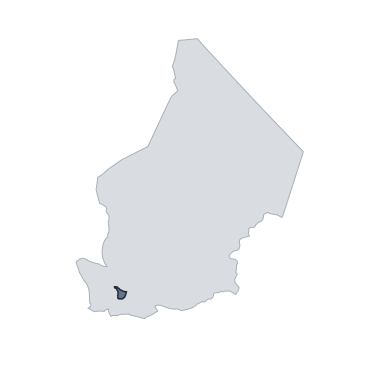 location of La Pendé, Logone Oriental, Chad, rotated 20°
{"feature_id": "50815135B99305267844407", "entity_name": "La Pendé", "entity_type": "district", "adm_level": 2, "iso_a3": "TCD", "parent_name": "Chad", "parent_adm1": "Logone Oriental", "projection": "orthographic", "projection_center": [16.766, 8.864], "detail": "fine", "context": "in_parent", "style": "filled", "palette": "slate", "viewbox_px": 384, "rotation_deg": 20, "n_neighbors": 0, "source": "geoboundaries", "source_scale": "gbopen_adm2", "svg_char_len": 4306}
<svg xmlns="http://www.w3.org/2000/svg" viewBox="0 0 384 384"><g transform="rotate(20 192 192)"><path d="M282.8,116.1L283.2,124.1L283.5,132.2L283.8,140.3L284.2,148.5L284.5,156.6L284.8,164.7L285.1,172.9L285.4,181.0L285.5,183.7L285.3,184.8L285.2,185.0L284.9,185.2L280.7,184.5L278.8,184.5L276.3,185.1L272.5,185.5L270.0,185.4L268.4,186.9L267.1,188.6L267.9,192.6L267.8,194.0L267.3,195.4L266.2,196.6L265.0,197.6L264.4,198.4L263.6,200.3L263.0,201.2L263.0,202.3L262.9,203.5L262.2,204.2L260.4,204.7L259.3,205.2L258.4,206.1L257.8,206.8L258.2,207.6L258.6,208.8L258.9,210.6L259.1,211.6L260.0,212.5L260.6,213.1L260.8,213.9L260.3,214.5L258.2,215.8L257.3,216.3L256.3,217.0L255.9,217.3L254.4,218.6L253.6,219.7L253.2,220.6L253.3,221.9L254.1,223.8L255.1,225.4L255.4,226.6L255.7,228.0L255.6,229.2L255.2,230.3L254.4,231.3L251.4,233.3L250.0,235.3L248.9,237.9L248.6,239.2L248.9,240.1L249.6,240.9L250.5,241.3L251.8,241.4L253.9,240.9L255.9,240.6L258.1,241.5L259.2,243.6L258.8,245.1L259.7,247.9L260.5,251.2L260.5,252.4L260.8,252.8L262.1,253.0L262.5,253.8L262.1,259.7L262.8,261.3L263.7,262.5L264.7,263.1L265.8,263.8L266.3,264.4L267.5,264.5L268.8,265.5L269.2,267.0L269.2,268.4L268.5,271.4L267.9,273.4L267.1,273.3L265.5,272.8L263.6,272.4L261.3,272.1L259.0,273.0L256.6,274.0L255.9,274.8L255.2,275.3L254.2,275.3L253.2,275.4L252.7,276.2L251.8,277.0L248.3,278.8L247.6,279.4L247.2,280.1L247.2,280.7L247.6,282.1L247.6,283.9L246.8,285.3L246.0,286.3L244.9,286.7L244.1,286.9L243.5,287.5L241.7,290.7L241.0,291.3L239.3,291.2L234.8,296.1L234.4,297.5L232.7,299.6L230.6,301.8L228.7,302.9L228.5,303.3L228.0,303.8L226.9,304.3L222.8,307.0L217.9,307.0L215.8,308.1L213.7,308.5L210.6,309.1L209.7,309.1L205.7,309.3L201.1,309.3L199.3,309.7L197.6,310.7L196.4,311.6L196.2,311.9L196.4,312.3L196.4,312.6L199.6,314.8L200.4,315.9L199.6,317.0L199.2,317.1L198.7,318.0L196.8,320.5L193.9,323.5L192.4,324.4L191.8,325.0L191.1,326.9L190.6,327.2L188.6,327.5L184.6,327.7L179.2,328.4L175.9,328.6L173.9,328.4L171.0,329.8L170.0,330.1L169.4,330.2L166.5,331.6L164.2,333.6L163.3,334.0L160.0,334.9L158.7,336.3L158.1,336.4L156.0,334.5L154.5,332.9L153.8,331.2L153.7,330.6L153.3,330.7L152.1,331.5L151.1,332.3L150.7,334.0L147.2,335.1L144.3,336.0L143.0,337.2L140.9,337.8L138.3,337.5L136.2,337.0L134.2,336.9L135.2,335.4L135.6,334.3L135.7,332.9L135.5,332.0L134.3,331.5L133.6,330.8L131.9,326.5L130.1,322.1L127.7,317.8L125.0,315.0L123.0,313.3L122.4,313.1L121.4,312.6L120.7,312.1L117.2,309.1L113.5,305.8L112.5,304.3L110.7,302.0L108.6,299.7L107.6,298.6L107.1,296.8L108.5,295.0L110.1,292.9L112.0,291.5L114.4,291.4L118.4,292.0L122.7,292.2L127.0,291.8L128.1,291.5L129.2,291.5L131.5,292.0L135.5,291.9L137.6,291.1L135.3,289.6L133.0,287.2L130.7,284.6L129.4,282.3L128.1,279.2L127.0,275.5L126.3,270.7L126.5,267.9L126.8,266.0L128.1,262.8L127.3,260.9L127.5,259.4L127.4,257.2L127.0,256.0L125.4,252.3L125.1,251.9L123.8,249.4L123.2,245.1L121.7,242.2L119.2,240.9L117.8,239.2L117.3,236.3L116.4,235.5L112.5,234.4L109.2,234.4L106.9,231.1L103.9,226.8L101.2,222.8L99.5,214.9L98.5,210.4L99.7,209.0L102.0,205.8L105.1,199.7L111.8,190.2L115.2,185.4L122.0,178.2L130.3,169.3L135.0,164.3L135.8,155.2L136.6,145.6L137.3,138.3L138.1,129.7L138.7,122.5L139.2,117.3L139.9,109.9L140.4,108.4L143.6,102.7L143.9,101.9L143.3,100.9L138.8,96.0L137.4,94.9L136.6,92.3L137.8,90.9L132.5,82.6L131.2,81.6L130.6,80.6L130.5,79.1L130.5,73.4L129.2,64.5L127.4,54.2L133.7,51.3L138.5,49.0L144.5,46.2L150.1,49.1L158.2,53.4L166.4,57.6L174.5,61.8L182.7,66.0L191.0,70.2L199.2,74.4L207.5,78.6L215.8,82.8L224.1,87.0L232.4,91.2L240.8,95.3L249.2,99.5L257.5,103.6L266.0,107.8L274.4,111.9L282.8,116.1Z" fill="#d9dde1" stroke="#a8b0b8" stroke-width="1"/><path d="M152.0,308.2L152.3,308.5L153.0,308.4L153.8,308.7L154.4,308.9L154.7,309.4L155.2,309.8L155.8,310.3L156.3,310.7L156.8,311.3L157.0,312.1L157.3,313.0L157.7,313.9L157.5,314.5L157.9,315.1L158.4,316.0L158.4,316.8L158.9,317.2L159.3,317.5L159.9,317.2L160.8,317.1L161.4,316.9L162.1,316.6L162.9,316.5L163.4,315.7L164.6,314.1L164.7,312.5L164.8,311.8L164.8,311.1L164.7,310.2L164.6,309.4L164.5,308.2L162.6,308.6L162.3,308.7L162.2,308.7L161.8,308.8L159.4,308.5L157.9,308.4L156.8,307.9L156.3,307.6L155.7,307.7L155.3,307.5L155.2,307.4L154.7,306.9L154.2,306.9L153.7,306.9L152.3,307.3L151.6,307.5L151.7,307.8L151.8,307.8L151.9,308.1L152.0,308.2Z" fill="#64748b" stroke="#1e293b" stroke-width="1.5"/></g></svg>